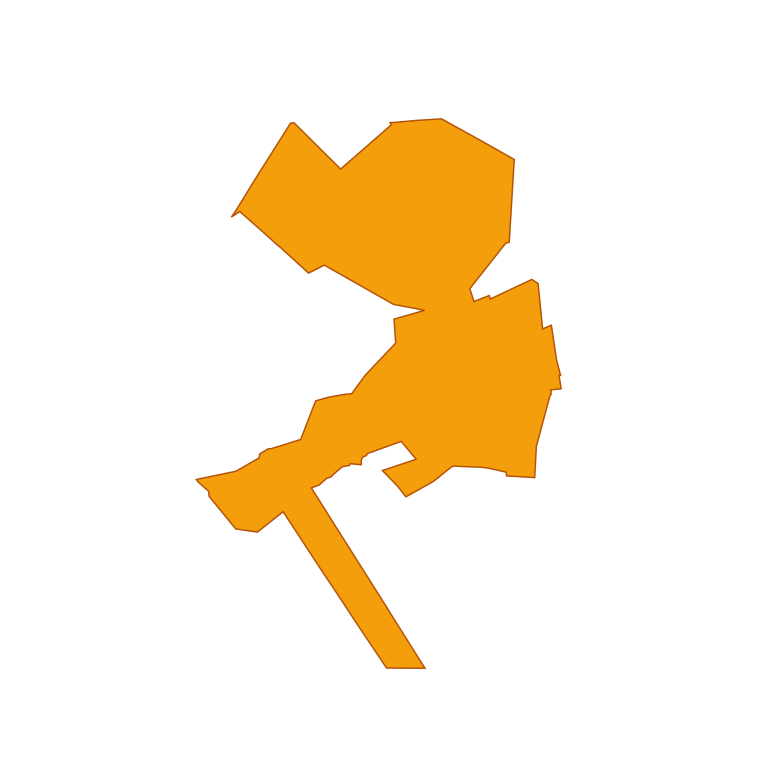 Mazatán, Sonora, Mexico (Mercator projection), rotated 66°
{"feature_id": "50627088B62941812668880", "entity_name": "Mazatán", "entity_type": "district", "adm_level": 2, "iso_a3": "MEX", "parent_name": "Mexico", "parent_adm1": "Sonora", "projection": "mercator", "projection_center": [-110.163, 28.931], "detail": "fine", "context": "isolated", "style": "filled", "palette": "amber", "viewbox_px": 768, "rotation_deg": 66, "n_neighbors": 0, "source": "geoboundaries", "source_scale": "gbopen_adm2", "svg_char_len": 1886}
<svg xmlns="http://www.w3.org/2000/svg" viewBox="0 0 768 768"><g transform="rotate(66 384 384)"><path d="M162.5,311.9L170.0,336.2L108.7,360.0L108.0,362.4L107.7,363.3L143.3,416.6L165.3,448.7L169.4,455.5L167.8,445.6L190.9,435.0L207.2,427.7L213.9,424.8L214.2,424.7L215.1,424.0L216.0,423.6L252.0,407.8L251.1,390.2L315.2,342.9L321.1,334.3L333.2,316.9L330.2,338.5L328.8,348.5L351.3,356.6L358.5,373.9L368.2,397.3L373.1,405.9L373.2,406.0L379.7,417.4L377.0,425.8L373.5,440.1L371.6,453.3L400.8,482.7L397.2,513.3L396.1,516.6L397.4,526.1L400.7,528.1L403.5,554.8L399.2,574.4L394.9,594.3L397.7,593.7L411.0,587.7L415.2,589.5L425.3,586.8L456.1,578.4L467.8,559.9L459.6,528.1L527.6,517.1L568.4,510.1L571.4,509.7L571.5,509.7L594.3,505.9L644.5,497.2L660.3,462.2L597.7,471.2L591.9,472.0L587.1,472.6L571.4,474.9L568.3,475.4L551.9,477.7L531.1,480.8L449.4,492.6L449.9,484.2L447.8,477.8L446.9,474.5L447.3,470.1L445.9,466.9L442.8,456.1L443.1,453.3L444.4,448.8L443.0,447.3L443.5,446.4L448.5,437.7L444.8,435.9L444.2,435.6L442.9,434.2L442.6,433.7L442.1,432.6L442.1,431.8L442.2,429.1L440.8,427.6L441.6,416.2L443.4,391.6L465.8,385.3L462.4,420.7L463.2,420.4L465.7,419.5L466.5,419.1L483.1,413.1L496.0,409.9L494.6,394.9L494.2,390.8L493.6,383.6L493.3,380.9L493.1,378.7L492.3,375.5L491.2,371.1L490.8,369.9L488.2,359.9L487.2,355.7L486.9,354.7L489.2,350.1L499.3,329.6L503.3,322.9L508.3,316.2L512.8,310.2L514.3,308.2L517.8,309.4L519.5,306.2L522.6,300.2L524.0,297.5L530.8,284.4L503.0,270.2L472.1,245.2L462.0,236.9L461.5,235.6L457.3,233.8L460.4,224.1L447.4,220.6L448.0,219.2L432.3,216.6L398.4,207.2L398.2,216.7L354.9,202.4L348.6,206.4L349.2,232.9L349.6,252.3L346.0,251.9L345.2,268.3L331.8,266.8L304.8,215.4L305.5,212.0L231.9,173.7L203.8,194.5L199.5,197.7L174.5,216.6L165.2,223.5L156.7,246.4L150.3,265.0L149.0,268.8L147.7,272.1L150.2,271.9L158.9,300.2L162.5,311.9Z" fill="#f59e0b" stroke="#b45309" stroke-width="1.5"/></g></svg>